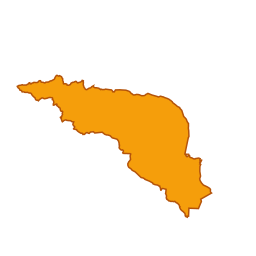 Salistea, Alba, Romania, rotated 136°
{"feature_id": "2599482B46573733698849", "entity_name": "Salistea", "entity_type": "district", "adm_level": 2, "iso_a3": "ROU", "parent_name": "Romania", "parent_adm1": "Alba", "projection": "equal_earth", "projection_center": [23.436, 45.889], "detail": "fine", "context": "isolated", "style": "filled", "palette": "amber", "viewbox_px": 256, "rotation_deg": 136, "n_neighbors": 0, "source": "geoboundaries", "source_scale": "gbopen_adm2", "svg_char_len": 5897}
<svg xmlns="http://www.w3.org/2000/svg" viewBox="0 0 256 256"><g transform="rotate(136 128 128)"><path d="M147.3,22.6L146.3,23.1L145.7,22.5L139.9,28.0L133.3,21.1L128.1,23.4L126.8,23.9L126.2,24.2L125.5,25.5L125.2,26.3L113.1,23.2L113.2,24.1L112.9,25.0L111.3,26.6L111.2,28.0L111.9,30.7L113.4,34.6L113.3,37.4L112.6,40.3L111.7,41.7L109.2,43.0L106.5,46.9L103.0,50.4L101.0,51.3L101.4,52.3L97.4,53.7L97.5,53.9L100.1,53.1L100.2,53.5L99.3,53.8L98.5,55.1L97.4,55.8L97.7,56.3L97.8,56.9L98.2,57.4L100.8,59.2L101.1,59.1L101.8,59.7L102.4,60.6L102.8,62.2L103.6,63.4L103.7,64.3L102.9,65.3L102.8,66.0L103.1,66.7L104.6,66.0L105.1,66.1L105.6,66.5L105.6,67.3L105.2,68.7L104.7,68.4L103.9,68.2L104.2,68.5L105.1,69.8L91.3,79.2L90.2,79.5L89.5,80.2L86.2,83.9L84.7,86.0L83.3,87.2L81.3,89.3L81.3,90.4L80.8,92.0L80.0,93.8L79.9,95.0L79.9,97.6L77.1,103.3L77.0,106.2L76.6,106.8L77.5,109.2L77.7,112.0L78.0,113.0L77.9,113.3L78.2,114.7L78.2,115.3L77.9,116.3L78.1,116.9L78.1,118.2L78.4,119.0L78.5,120.0L79.2,121.9L80.7,124.8L80.8,125.5L81.5,126.5L82.5,128.3L82.8,128.4L83.1,128.6L83.8,128.8L84.7,129.3L85.1,130.4L87.9,135.2L89.5,138.8L89.7,139.1L90.4,139.2L91.1,139.5L91.7,139.7L92.8,139.7L93.5,139.9L94.2,140.3L95.8,141.8L96.3,142.9L96.7,143.9L97.4,145.0L98.5,146.2L98.8,146.4L99.5,146.7L100.5,147.4L101.2,148.1L101.3,149.5L101.5,150.2L101.7,150.5L101.5,152.7L101.7,153.6L103.2,156.6L106.6,160.3L107.3,161.1L110.6,164.1L112.7,163.5L113.8,164.6L113.5,165.1L113.4,166.8L117.2,171.6L118.2,172.0L119.8,173.5L120.3,174.5L120.5,174.4L121.0,174.6L121.1,175.6L121.3,175.8L121.4,176.2L121.3,176.8L122.8,178.9L123.9,180.0L124.3,182.1L123.6,182.4L125.4,182.9L126.8,182.8L127.3,183.0L127.8,183.4L128.7,183.8L131.0,184.2L131.8,185.4L131.4,186.9L131.5,187.5L130.3,189.9L129.8,190.6L129.0,191.2L128.4,191.8L128.4,192.0L127.3,193.0L127.7,193.9L128.0,194.1L128.6,193.5L129.2,193.9L130.3,194.0L130.6,194.2L131.0,194.5L131.5,194.7L131.9,195.0L132.6,195.2L132.8,195.3L133.0,195.8L132.9,197.3L133.1,197.8L133.4,198.0L133.8,198.1L134.1,198.3L135.1,198.5L136.2,199.4L137.1,199.5L137.4,199.8L138.1,199.8L139.2,199.3L139.9,199.6L140.7,199.8L141.0,200.0L142.0,201.1L141.6,201.9L141.6,202.2L142.4,203.5L143.6,204.4L143.7,204.6L143.4,205.2L142.8,205.7L142.6,206.0L142.2,206.9L142.0,207.6L141.2,208.3L140.7,208.9L140.6,209.4L140.7,210.0L140.2,211.0L140.4,211.8L140.9,213.2L141.7,213.3L141.9,213.5L142.4,215.1L142.6,215.3L143.0,215.5L143.9,215.4L145.5,215.0L146.6,214.4L147.4,214.3L147.8,214.5L149.5,214.9L150.4,215.2L151.1,215.8L153.3,216.3L155.2,218.0L156.3,218.1L156.8,218.5L157.3,219.8L158.5,221.1L158.5,221.7L158.1,222.8L158.8,223.5L159.4,223.7L159.9,223.7L160.9,223.5L161.7,223.8L162.3,224.3L162.7,224.7L163.4,225.5L163.9,226.1L164.2,226.3L164.8,226.3L165.0,226.4L165.6,226.9L167.2,227.1L167.3,227.2L167.7,227.9L167.2,228.8L167.7,229.1L168.3,229.2L169.5,229.0L170.2,229.4L171.1,229.4L173.6,231.7L174.0,232.6L175.5,233.3L176.9,234.4L177.5,234.5L178.7,234.9L178.9,234.7L178.8,234.3L178.9,234.1L179.1,233.4L179.1,233.0L178.9,232.1L178.9,231.7L179.3,230.8L179.4,230.4L179.4,230.1L178.8,229.3L178.7,229.1L178.7,228.7L179.1,227.5L178.5,227.0L177.7,226.2L177.6,225.5L176.6,224.4L175.6,223.6L175.0,222.3L174.9,222.0L174.4,221.4L174.1,221.2L173.8,220.6L173.7,220.1L173.7,219.6L174.0,219.2L174.1,218.2L174.2,217.0L174.1,215.0L173.9,214.5L174.6,212.9L174.7,212.3L174.6,211.8L174.1,211.1L173.7,210.8L173.6,209.8L172.2,209.9L170.9,209.8L170.4,209.7L169.4,209.5L168.9,209.3L168.4,208.6L168.0,207.4L167.6,206.9L165.3,205.5L164.2,205.1L162.8,204.1L162.1,203.0L161.5,202.5L161.5,202.0L161.6,201.7L162.2,201.2L162.7,201.0L162.4,200.4L162.9,198.8L163.2,198.6L163.9,197.6L164.9,197.3L165.8,196.4L165.6,196.0L162.9,195.0L162.7,194.8L162.6,194.7L162.7,194.4L163.0,194.1L163.3,194.0L163.6,193.6L163.3,191.5L163.5,190.8L163.0,190.3L163.2,189.4L163.4,188.9L163.9,188.4L164.4,187.3L164.5,186.9L164.3,186.3L163.7,185.8L163.6,185.6L163.6,185.3L163.7,185.1L164.1,184.8L165.4,184.0L165.7,183.2L166.9,182.8L168.0,182.2L169.0,182.7L169.3,182.6L169.5,182.0L169.1,181.4L169.6,180.9L170.0,180.4L170.9,178.3L170.9,178.1L170.7,178.1L169.9,177.9L168.8,177.9L167.2,177.1L166.9,176.7L166.8,176.2L166.6,175.7L165.9,175.1L165.5,174.4L164.6,173.6L164.1,172.9L164.1,172.0L164.0,171.6L163.8,171.3L162.8,170.1L164.9,169.1L165.2,168.8L165.6,167.5L165.4,166.2L165.7,165.8L166.1,165.5L167.7,165.3L167.8,165.1L167.5,164.8L167.0,163.7L166.1,162.6L166.3,162.2L166.4,161.3L166.4,160.8L166.1,159.0L165.5,156.9L165.4,156.7L164.7,156.2L164.6,155.9L164.6,155.4L164.6,155.1L164.9,154.7L163.8,153.7L161.5,153.6L160.6,153.2L160.2,151.9L159.7,151.1L157.8,151.2L156.4,150.0L155.5,149.4L155.4,147.5L149.5,142.9L149.1,139.6L148.1,137.7L147.3,136.9L146.2,134.8L146.2,131.9L143.9,128.0L143.6,127.2L143.8,126.6L143.7,125.8L143.8,125.6L144.8,123.4L145.0,123.3L145.1,123.1L145.3,122.8L145.6,122.5L145.8,122.1L146.1,122.0L146.0,121.6L146.9,120.8L147.6,120.4L148.2,119.8L148.1,119.5L148.3,118.8L148.4,118.0L148.3,117.4L148.1,116.9L147.8,116.4L147.6,116.3L147.1,116.0L147.1,115.9L147.1,115.1L147.2,114.6L149.0,113.8L149.1,113.1L147.3,111.2L146.9,110.9L145.7,109.5L144.3,108.1L144.1,107.4L145.9,106.4L148.0,103.6L150.0,103.2L150.8,103.2L153.0,102.4L154.1,101.1L154.7,99.5L154.7,98.7L154.4,98.0L154.5,97.4L154.2,96.4L154.2,95.8L154.4,94.8L153.3,91.4L153.0,83.3L151.8,81.5L151.3,79.5L151.5,79.3L149.5,74.8L148.7,72.1L148.4,71.5L148.8,70.5L148.0,68.6L146.2,66.1L146.2,65.1L145.5,64.2L146.0,63.6L146.1,62.7L147.6,60.6L147.5,60.4L147.4,60.3L146.0,60.8L145.6,60.5L145.0,60.4L143.2,57.4L145.8,55.2L146.4,54.9L147.2,52.8L148.0,51.9L149.0,51.2L149.4,50.3L149.3,49.8L149.6,49.6L149.3,48.7L149.3,48.0L149.2,47.0L148.8,46.7L148.2,45.4L147.0,44.4L146.1,43.0L145.5,42.9L145.2,42.4L145.2,40.5L144.7,39.8L144.7,37.1L145.4,35.8L145.3,35.3L145.9,35.1L146.6,33.2L146.7,32.3L146.7,31.4L146.4,29.6L146.4,27.4L146.5,26.8L147.2,25.8L147.8,25.1L147.4,24.5L147.9,24.1L147.7,23.7L147.3,22.6Z" fill="#f59e0b" stroke="#b45309" stroke-width="1.5"/></g></svg>